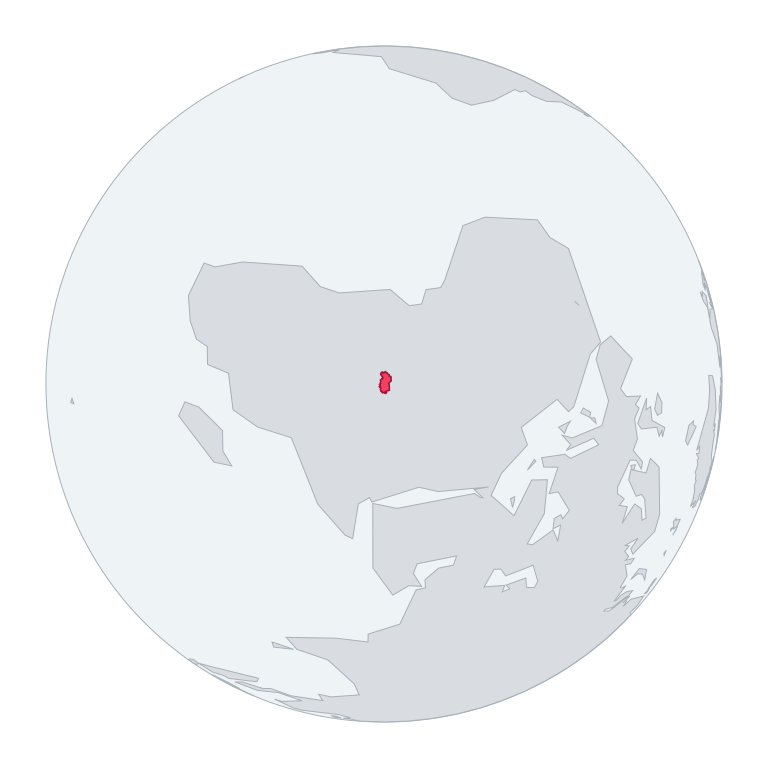 globe centered on Mbomou, rotated 117°
{"feature_id": "CAF-868", "entity_name": "Mbomou", "entity_type": "Prefecture", "adm_level": 1, "iso_a3": "CAF", "parent_name": "Central African Republic", "parent_adm1": "", "projection": "orthographic", "projection_center": [23.723, 5.441], "detail": "medium", "context": "on_globe", "style": "filled", "palette": "rose", "viewbox_px": 768, "rotation_deg": 117, "n_neighbors": 0, "source": "natural_earth", "source_scale": "10m", "svg_char_len": 8344}
<svg xmlns="http://www.w3.org/2000/svg" viewBox="0 0 768 768"><g transform="rotate(117 384 384)"><circle cx="384" cy="384" r="338" fill="#eef3f6" stroke="#a8b0b8"/><path d="M229.9,83.3L229.0,83.8L220.8,88.7L210.0,94.9L206.0,97.7L216.8,92.2L197.3,105.4L185.3,117.9L180.2,122.0L169.2,127.6L167.8,125.4L153.6,136.8L163.4,129.7L150.4,141.7L148.5,144.3L149.6,144.3L154.7,140.1L150.4,144.9L139.1,152.6L142.8,148.4L146.4,145.6L145.7,145.2L137.9,152.4L132.0,159.0L130.8,160.2L148.2,141.9L166.9,125.0L186.9,109.5L207.9,95.6L229.9,83.3ZM51.9,321.6L52.9,323.9L51.9,328.0L52.2,354.0L58.4,367.6L59.8,382.8L58.5,391.3L62.0,395.1L62.1,401.0L81.4,415.0L95.8,432.5L98.4,453.0L92.3,474.5L100.7,522.4L93.5,534.8L101.1,553.8L111.7,579.7L106.2,575.3L117.5,590.2L122.3,597.5L121.5,596.8L106.8,577.3L93.6,556.8L81.9,535.4L71.7,513.2L63.2,490.3L56.4,466.9L51.3,443.0L47.9,418.9L46.2,394.5L46.4,370.1L48.2,345.8L51.9,321.6ZM285.7,61.0L286.9,60.4L292.2,58.9L285.7,61.0ZM306.2,55.2L303.4,56.0L298.6,57.2L302.0,56.2L306.2,55.2ZM337.9,49.4L325.1,51.4L321.2,52.0L334.2,49.8L337.9,49.4ZM174.5,649.1L173.7,648.5L176.2,650.4L178.2,652.0L174.5,649.1ZM644.8,169.1L645.1,169.5L645.8,170.4L660.2,189.4L673.3,209.3L684.9,230.2L695.0,251.8L695.3,252.6L698.2,262.8L700.3,268.8L696.6,262.2L699.1,274.4L711.7,308.3L713.9,318.4L714.4,338.4L713.1,330.8L703.5,313.3L706.9,337.9L714.4,357.6L717.2,381.7L713.7,374.6L710.3,353.6L706.8,346.8L704.0,325.4L693.9,294.8L690.1,301.4L686.8,289.0L672.3,265.0L664.8,274.2L655.3,308.8L660.0,341.1L654.1,356.1L632.2,311.2L621.2,281.1L614.0,284.6L590.8,260.9L552.8,261.9L546.8,254.5L539.7,258.6L523.3,251.8L513.9,239.9L504.2,241.2L529.2,272.9L539.5,271.8L547.3,258.6L552.4,270.3L568.1,280.3L552.9,310.4L495.5,339.8L488.9,315.9L440.4,253.5L441.4,246.5L441.1,245.7L440.5,244.3L437.0,255.8L428.3,244.0L455.2,286.9L460.2,306.1L494.7,341.3L491.7,345.2L502.5,352.5L536.0,341.7L536.4,349.9L521.2,388.4L473.9,442.2L479.7,477.0L475.5,506.8L445.0,527.5L446.7,550.1L430.8,558.5L429.2,571.4L415.9,585.2L394.1,598.4L357.9,599.2L356.4,587.7L339.5,565.4L316.2,510.5L326.1,485.0L323.2,465.2L297.0,421.5L302.8,397.0L295.6,386.8L280.8,389.4L272.4,377.3L263.4,377.1L207.0,385.6L189.5,369.7L168.1,321.7L178.1,302.8L179.5,281.1L248.3,210.0L263.4,213.8L318.0,204.6L324.9,207.0L319.0,222.8L360.4,242.0L373.2,228.5L410.2,238.8L434.6,238.0L442.4,208.3L402.5,208.8L395.1,194.9L426.7,182.3L461.5,183.8L459.7,178.6L437.3,167.1L444.9,157.9L429.5,162.6L436.1,167.7L426.6,171.3L420.1,167.0L423.0,163.6L412.4,161.5L401.1,179.9L406.6,187.1L379.1,191.1L385.5,203.9L378.1,210.1L364.6,191.0L365.6,184.0L340.7,165.1L337.1,172.5L360.4,191.4L353.3,190.0L348.7,202.0L346.6,191.8L322.2,170.9L297.1,176.2L265.7,206.2L251.0,209.2L238.3,203.8L249.0,174.1L280.9,171.1L285.1,162.1L278.2,150.0L288.4,150.6L289.5,145.8L301.5,144.8L317.9,133.2L330.0,131.8L336.0,118.3L343.0,116.2L337.4,124.5L340.1,130.2L370.1,129.0L375.7,126.1L377.2,117.8L385.3,119.2L382.8,111.5L399.9,108.5L377.1,106.2L378.2,98.2L388.2,92.3L384.4,89.7L368.2,99.5L365.4,104.1L369.5,108.4L358.3,122.5L348.1,125.1L344.3,110.1L329.4,112.8L333.0,101.3L374.8,79.3L392.4,75.9L422.6,85.0L418.8,89.3L406.0,87.7L418.2,95.8L417.0,91.9L423.8,93.6L426.5,87.7L431.4,88.7L425.7,81.9L432.0,82.5L435.5,86.8L444.9,80.3L457.9,81.1L457.7,79.2L453.8,77.0L472.8,80.4L471.8,79.0L465.2,77.2L458.9,73.5L455.2,68.7L462.0,70.1L464.2,72.0L479.2,78.8L484.2,84.6L486.6,84.8L483.9,80.2L465.6,71.7L461.4,68.6L470.8,71.9L467.0,70.4L467.1,69.3L473.5,69.9L463.6,66.2L455.0,56.4L466.6,57.8L475.9,61.0L477.1,59.3L486.7,62.1L509.4,70.2L531.6,80.0L552.9,91.3L573.4,104.2L593.0,118.4L611.4,134.1L628.7,151.0L644.8,169.1ZM225.4,245.4L223.7,251.8L225.4,245.4ZM499.2,201.8L519.4,202.7L508.6,185.0L515.5,184.3L509.3,179.0L507.7,183.8L492.4,169.6L500.5,164.7L497.2,157.7L490.2,157.2L477.8,168.8L499.8,188.5L495.8,195.7L499.2,201.8ZM53.1,323.7L52.8,327.9L52.3,327.4L53.1,323.7ZM63.6,276.7L63.1,279.1L62.6,279.9L63.6,276.7ZM151.1,141.2L151.8,140.8L151.8,141.9L149.5,143.5L151.1,141.2ZM165.5,136.6L158.2,144.4L161.8,139.5L157.2,142.6L159.1,137.0L177.7,123.8L168.9,130.4L165.5,136.6ZM166.7,127.2L163.4,131.3L166.3,127.4L166.7,127.2ZM283.6,123.6L287.8,126.1L283.4,131.5L268.1,136.0L274.3,128.0L283.6,123.6ZM294.8,128.7L295.3,114.1L304.9,111.7L299.5,115.3L305.7,115.1L298.6,121.2L307.2,134.2L303.9,140.0L277.4,143.6L287.9,138.8L283.1,136.2L294.8,128.7ZM279.9,90.3L280.2,86.5L300.5,85.7L297.8,89.5L282.4,93.5L276.4,91.4L279.9,90.3ZM256.0,71.4L254.8,71.8L257.5,70.7L260.7,69.5L256.0,71.4ZM242.6,77.1L244.9,76.2L254.3,72.3L258.7,70.5L272.1,65.2L274.1,64.4L290.3,59.3L293.1,58.6L283.2,61.5L285.8,60.8L263.9,69.4L261.5,70.0L251.6,75.6L241.3,79.7L248.0,75.7L232.7,83.6L234.7,81.7L225.0,87.2L241.1,77.9L242.0,77.4L242.6,77.1ZM354.0,53.2L346.1,53.2L354.0,55.4L344.1,56.5L345.7,56.7L338.7,58.6L332.9,61.6L328.4,61.9L328.1,63.0L323.4,64.7L321.5,66.5L312.7,68.0L309.6,70.5L307.2,69.9L304.2,74.0L302.5,71.8L296.3,74.4L301.3,75.2L258.4,83.9L241.7,91.0L228.8,98.6L227.5,95.0L238.8,86.2L256.0,76.6L272.2,71.0L268.7,70.9L275.4,68.4L275.4,69.5L279.4,66.5L284.9,64.9L300.3,59.4L302.7,57.2L308.3,55.6L310.1,55.7L314.5,54.1L321.8,53.4L326.0,52.4L337.4,51.3L338.5,52.9L343.1,51.8L352.0,51.5L354.0,53.2ZM340.9,49.0L344.4,49.5L340.8,50.7L322.5,52.3L317.6,53.3L305.8,55.5L311.4,54.0L314.2,53.4L318.3,52.6L314.9,53.3L320.7,52.1L324.9,51.5L330.5,50.5L330.1,50.8L340.9,49.0ZM332.6,201.0L337.9,201.6L346.1,200.7L343.3,208.8L332.6,201.0ZM315.5,186.8L320.3,185.7L320.4,195.6L314.9,195.5L315.5,186.8ZM322.8,177.2L320.5,184.9L318.5,180.7L322.8,177.2ZM341.8,123.4L346.9,122.3L347.5,124.2L344.7,127.2L341.8,123.4ZM375.1,63.7L371.2,62.6L372.7,62.0L370.1,58.7L377.2,58.2L381.5,60.0L375.1,63.7ZM435.7,213.4L428.8,219.2L425.0,216.5L428.2,215.0L435.7,213.4ZM383.9,213.7L395.8,217.2L383.0,215.9L383.9,213.7ZM382.4,62.6L380.5,61.2L385.2,61.9L382.4,62.6ZM382.2,57.7L387.7,58.2L377.7,57.7L382.2,57.7ZM542.5,651.4L542.7,654.8L538.4,655.5L542.5,651.4ZM530.8,500.0L505.6,552.5L490.3,553.3L488.7,538.3L498.8,506.7L516.9,497.1L526.1,482.5L530.8,500.0ZM718.5,432.2L717.3,432.5L715.9,428.8L717.1,422.8L719.3,423.5L719.1,427.4L718.5,432.2ZM717.0,422.7L713.7,407.3L703.1,362.0L707.1,362.2L716.9,388.9L716.5,393.9L718.5,406.2L717.0,422.7ZM721.2,405.6L721.2,405.3L720.8,403.2L720.7,384.2L720.9,374.5L721.4,374.6L720.9,358.0L721.9,381.8L721.2,405.6ZM661.4,344.1L668.5,362.9L664.7,366.6L661.4,344.1ZM703.6,278.1L703.2,279.9L701.5,275.1L701.0,270.1L703.6,278.1ZM440.3,62.7L436.1,67.3L437.8,71.7L446.1,75.3L432.6,72.8L430.0,65.9L440.3,62.7ZM452.5,56.7L445.2,54.6L449.4,55.0L451.7,55.6L452.5,56.7ZM447.3,55.8L436.4,54.4L432.9,53.0L442.3,54.3L447.3,55.8ZM409.5,56.6L407.7,57.8L403.9,57.0L409.5,56.6Z" fill="#d9dde1" stroke="#a8b0b8" stroke-width="1"/><path d="M388.2,386.2L388.0,385.9L387.7,386.2L388.0,386.4L387.8,386.5L387.4,386.6L387.1,387.0L387.1,386.9L386.9,386.9L386.5,387.2L386.2,387.1L385.5,387.5L385.3,387.4L385.3,387.7L384.5,387.7L384.2,387.9L383.2,388.2L382.7,388.5L382.4,388.6L382.2,389.0L381.6,388.9L381.3,388.8L381.2,388.6L380.7,388.1L380.3,388.3L379.9,388.1L379.6,387.6L379.2,387.6L379.1,387.8L379.1,388.0L378.9,388.3L378.5,388.2L378.3,388.6L378.1,388.8L378.2,389.0L378.0,389.3L377.9,389.6L377.4,389.7L377.3,390.0L377.5,390.3L377.2,390.5L377.0,390.9L377.1,391.1L376.8,391.5L376.4,391.7L375.6,391.7L375.1,391.6L374.6,391.3L374.1,391.1L374.3,390.7L374.3,390.3L374.7,389.5L374.6,389.3L373.9,389.4L373.5,389.3L373.6,389.1L373.4,388.9L373.4,388.7L373.1,388.6L372.8,388.4L372.4,388.4L372.5,387.7L372.6,387.0L372.9,386.6L372.7,386.1L373.2,385.6L373.3,384.4L373.3,383.7L374.1,383.0L374.1,382.9L374.0,383.0L374.1,382.8L374.4,382.8L374.2,382.4L374.3,382.1L374.3,381.4L374.6,381.0L374.6,380.8L375.3,380.3L375.6,380.5L376.2,380.4L376.7,380.1L377.1,379.3L377.9,379.1L378.7,379.1L379.2,379.6L381.2,380.1L381.5,380.1L381.5,379.7L382.1,379.4L382.4,378.9L387.1,376.3L388.8,378.1L389.2,378.4L389.7,378.3L390.3,377.8L390.7,377.8L390.9,377.8L391.8,378.5L391.9,378.9L391.6,379.0L391.5,379.3L391.0,379.5L390.6,379.4L391.5,380.3L391.8,380.4L392.1,380.9L392.4,381.0L392.6,381.2L392.3,382.0L392.2,381.8L392.0,382.0L391.8,382.1L391.7,382.9L391.7,383.1L391.8,383.3L391.6,383.4L391.6,383.6L391.3,383.8L391.3,384.0L391.1,384.1L390.9,384.3L390.7,384.6L390.3,384.8L390.2,384.9L389.7,385.1L389.2,385.0L389.0,385.5L388.9,385.5L388.8,385.8L388.8,386.0L388.6,385.9L388.5,386.0L388.2,386.0L388.2,386.2Z" fill="#f43f5e" stroke="#9f1239" stroke-width="1.5"/></g></svg>